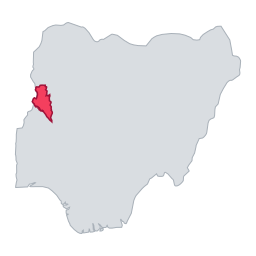 location of Borgu, Niger, Nigeria
{"feature_id": "59680162B99837769325291", "entity_name": "Borgu", "entity_type": "district", "adm_level": 2, "iso_a3": "NGA", "parent_name": "Nigeria", "parent_adm1": "Niger", "projection": "natural_earth1", "projection_center": [4.162, 10.194], "detail": "fine", "context": "in_parent", "style": "filled", "palette": "rose", "viewbox_px": 256, "rotation_deg": 0, "n_neighbors": 0, "source": "geoboundaries", "source_scale": "gbopen_adm2", "svg_char_len": 5968}
<svg xmlns="http://www.w3.org/2000/svg" viewBox="0 0 256 256"><path d="M221.0,26.2L229.8,40.0L231.7,50.2L232.5,55.3L233.9,55.9L236.6,56.2L238.6,57.2L239.7,58.8L240.5,60.4L240.6,61.3L240.1,67.5L239.5,69.7L239.9,72.7L239.8,74.0L239.5,74.9L238.3,75.9L236.7,76.9L232.8,79.8L231.7,80.3L230.1,80.3L228.6,81.1L227.0,82.6L223.4,88.5L220.3,94.4L218.1,104.0L215.4,106.9L214.9,109.6L214.6,115.5L214.1,117.3L213.7,117.8L210.8,119.0L209.1,120.3L208.1,123.0L206.8,132.2L206.4,133.7L205.4,135.3L203.9,137.0L202.6,138.0L199.2,138.6L196.1,145.5L196.0,146.7L194.6,153.0L192.2,157.7L192.0,160.7L188.9,164.9L187.3,167.7L189.0,170.6L189.1,171.1L183.8,176.1L183.5,176.9L183.3,180.3L182.9,181.3L181.9,182.5L180.5,183.9L179.0,185.0L177.4,185.8L175.8,186.0L174.9,185.6L174.4,184.5L173.5,180.3L173.0,179.4L172.0,178.6L167.9,173.9L165.4,172.3L164.8,172.4L164.4,172.9L163.7,175.2L163.0,176.1L161.7,176.4L159.5,176.4L157.8,176.1L157.4,175.6L156.6,173.8L151.5,178.0L149.7,178.9L147.5,184.0L144.3,186.5L142.1,188.6L136.1,195.5L135.0,197.5L133.8,200.5L131.3,213.3L127.2,221.3L126.6,223.0L126.4,222.9L125.9,223.7L124.3,223.2L123.6,221.7L122.6,221.5L120.9,219.3L120.5,219.7L122.3,225.2L121.7,227.3L116.6,227.4L112.3,228.1L109.4,228.1L107.9,227.3L107.2,225.2L106.9,225.4L106.8,226.5L105.9,227.4L102.5,227.6L101.1,226.1L99.9,224.6L98.6,223.9L98.8,224.5L100.2,226.1L100.1,228.3L97.4,230.9L95.7,231.0L94.6,229.9L94.1,228.1L93.8,225.4L93.1,223.7L92.7,223.7L93.2,226.6L93.2,229.3L94.5,231.4L92.5,232.0L90.2,232.1L89.9,231.3L89.6,229.6L89.2,229.1L88.7,232.1L83.9,232.9L83.2,232.8L83.0,232.2L83.4,231.4L83.3,230.1L82.2,231.1L82.1,233.2L81.5,233.5L79.6,233.2L77.6,232.2L74.3,229.6L70.3,225.4L69.7,223.5L68.5,221.2L66.5,214.8L66.8,214.5L67.8,214.8L68.2,214.2L66.6,213.8L66.2,213.3L66.1,211.9L66.2,210.2L68.7,209.3L69.3,208.3L69.6,207.2L66.5,208.8L63.6,207.0L63.0,205.9L63.3,205.1L66.7,205.0L67.8,204.2L67.1,203.9L65.8,203.9L65.4,203.4L65.4,202.1L65.0,202.4L64.4,203.5L62.5,204.4L61.3,203.5L61.2,201.6L61.0,200.8L60.0,200.1L56.6,195.1L52.2,190.9L48.4,188.0L42.6,186.6L30.5,186.7L29.8,186.3L30.6,185.6L31.6,185.2L35.5,182.8L34.9,182.5L30.8,184.0L29.4,184.1L27.6,186.9L15.7,187.5L15.7,186.3L16.3,182.6L17.0,180.0L16.2,176.9L16.0,174.1L16.5,173.2L16.7,172.2L16.6,165.0L17.2,163.9L17.2,163.2L16.0,160.1L16.0,157.8L15.8,155.5L15.4,154.5L15.9,145.7L15.7,143.5L16.1,142.0L16.3,138.2L16.3,134.5L17.1,128.6L22.2,127.9L23.4,125.6L24.1,122.7L23.9,119.8L25.6,117.3L27.6,115.0L27.5,112.6L28.0,111.8L29.0,111.3L30.4,111.0L31.9,109.8L32.7,107.6L33.6,104.2L32.2,101.8L32.3,101.3L32.8,100.0L33.6,98.7L34.2,98.3L35.7,98.6L36.2,98.1L37.1,94.4L37.0,93.3L35.7,90.8L34.9,84.0L34.5,83.1L33.4,81.8L30.6,77.0L30.6,74.7L31.8,71.8L32.6,70.4L33.7,69.6L33.9,69.0L33.6,68.1L33.0,67.5L32.9,66.2L33.5,64.4L33.3,62.4L33.6,52.1L35.9,50.0L39.3,46.7L41.0,43.2L41.9,40.5L43.0,31.6L44.8,30.7L48.2,27.5L52.8,25.6L55.7,25.0L61.0,25.4L63.6,25.0L65.9,23.3L66.9,22.8L68.3,22.5L81.4,27.1L82.5,26.9L83.5,27.2L85.2,28.4L89.0,32.7L93.1,39.3L94.3,40.8L95.6,41.5L96.9,41.8L97.8,41.7L98.8,41.1L100.0,39.8L101.9,39.2L103.5,39.4L111.6,34.3L112.4,34.2L117.4,35.3L124.2,40.4L129.7,43.7L133.7,44.9L138.3,45.6L146.1,45.9L151.9,38.7L154.1,37.2L156.7,35.8L162.2,34.4L171.3,33.5L179.8,33.9L185.1,35.2L190.7,37.5L193.2,39.7L196.9,40.1L199.7,39.7L200.5,37.4L203.2,34.5L207.3,31.8L210.6,29.9L213.3,29.1L215.7,26.9L217.7,26.3L221.0,26.2ZM102.8,230.4L101.0,231.1L99.8,230.9L101.4,228.0L102.3,228.6L103.4,228.9L102.8,230.4Z" fill="#d9dde1" stroke="#a8b0b8" stroke-width="1"/><path d="M36.4,106.3L36.4,106.2L36.8,106.3L36.9,106.5L37.1,106.7L37.4,106.5L37.5,106.5L37.8,106.8L38.0,106.9L38.2,107.0L38.3,107.2L38.4,107.3L38.2,107.4L38.1,107.6L38.1,108.0L38.5,107.9L38.8,107.7L39.0,107.7L39.3,107.9L39.4,108.1L39.1,108.2L39.0,108.3L39.0,108.5L39.3,108.6L39.5,108.6L39.7,108.8L39.7,109.0L39.2,109.2L39.0,109.3L39.0,109.6L39.4,109.7L39.5,109.7L39.6,109.9L39.9,109.8L39.9,110.0L40.0,110.1L40.1,109.9L40.3,109.8L40.5,110.0L40.6,110.6L40.6,110.8L40.8,110.9L41.0,110.7L41.3,110.9L41.6,110.9L41.8,111.0L42.0,110.6L42.0,110.4L42.4,110.3L42.6,110.5L42.6,110.8L42.7,111.0L42.9,110.8L43.1,110.8L43.5,111.7L44.1,112.5L45.1,113.8L45.3,114.0L45.6,114.4L46.9,116.8L47.6,117.4L48.6,118.5L49.5,119.7L49.7,120.0L51.2,121.2L51.8,121.8L51.8,121.6L51.8,121.1L51.8,120.6L51.8,120.3L51.0,118.8L50.6,117.4L51.0,116.5L51.3,115.5L51.8,114.3L52.2,113.4L52.3,113.0L52.3,112.6L52.3,112.3L52.1,111.7L51.7,111.1L51.6,110.8L51.5,110.6L51.4,110.5L51.2,110.4L51.3,110.1L51.4,109.9L51.4,109.6L51.3,109.4L51.3,109.0L51.2,108.8L51.1,108.5L51.1,108.3L51.1,108.0L51.1,107.9L51.2,107.6L51.3,107.0L51.0,106.2L50.8,106.0L50.7,105.9L50.3,105.5L50.2,105.4L50.2,105.2L50.2,104.6L50.7,103.4L51.0,102.8L51.0,102.3L50.9,102.3L50.9,102.1L50.8,101.8L50.5,101.4L50.0,101.2L49.9,101.1L49.5,100.8L49.4,100.5L49.4,100.2L49.4,99.6L49.4,99.1L49.3,98.5L49.3,98.4L49.4,97.4L49.7,96.4L49.9,96.0L49.7,94.7L49.5,94.9L49.3,95.3L49.1,95.7L49.0,96.2L48.9,96.0L48.9,95.8L48.9,95.6L48.8,95.4L48.6,95.3L48.4,95.3L48.2,95.3L48.2,95.7L47.9,95.8L47.6,95.7L47.0,95.5L46.6,95.5L46.1,95.7L46.2,95.3L46.4,94.9L46.6,94.3L46.6,94.1L46.7,93.8L46.8,93.4L46.9,93.0L46.9,92.9L46.7,92.6L47.1,91.1L45.6,89.7L46.1,89.1L46.6,87.5L46.5,86.8L46.2,86.8L45.9,86.9L45.5,86.7L45.4,86.6L45.3,86.4L45.2,86.2L45.1,85.9L45.2,85.7L45.3,85.5L45.3,85.4L45.3,85.2L45.2,85.2L44.9,85.2L44.7,85.2L44.7,85.3L44.3,85.2L43.7,85.2L43.4,85.2L42.7,85.2L42.1,85.1L41.7,85.2L40.2,85.3L39.4,86.5L39.0,87.0L36.5,86.9L36.0,87.5L35.9,87.5L36.0,88.0L35.7,89.1L35.6,89.3L35.5,89.5L35.4,89.7L35.5,90.1L36.2,91.1L37.0,92.0L37.4,92.7L37.4,93.6L37.5,94.9L36.7,97.8L36.3,98.8L35.9,98.7L35.7,98.6L35.3,98.4L35.1,98.2L34.7,97.9L34.4,97.8L33.4,98.6L32.3,101.7L33.3,103.0L33.5,103.3L33.8,103.5L34.1,103.7L34.3,104.0L34.3,104.3L34.7,105.2L34.8,105.3L34.8,105.5L34.9,105.8L35.2,106.2L35.3,106.2L35.2,106.0L35.2,105.8L35.4,105.9L35.4,106.0L35.5,106.2L35.7,106.3L35.8,106.5L35.9,106.8L36.0,107.0L36.2,106.9L36.2,106.7L36.2,106.3L36.3,106.3L36.4,106.3Z" fill="#f43f5e" stroke="#9f1239" stroke-width="1.5"/></svg>